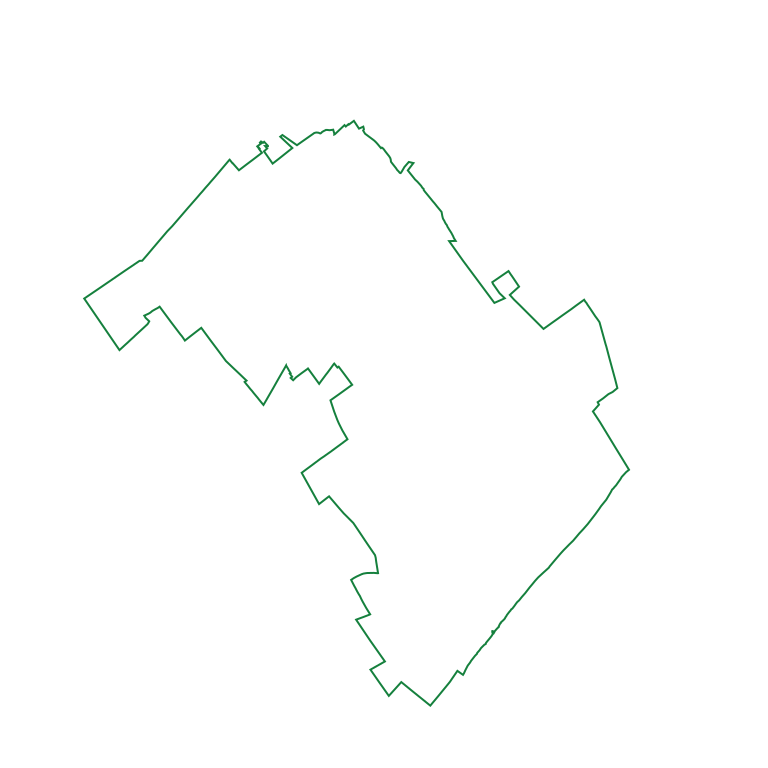 outline of Dzidzantún, Yucatán, Mexico, rotated 138°
{"feature_id": "50627088B34380918216366", "entity_name": "Dzidzantún", "entity_type": "district", "adm_level": 2, "iso_a3": "MEX", "parent_name": "Mexico", "parent_adm1": "Yucatán", "projection": "orthographic", "projection_center": [-89.022, 21.289], "detail": "fine", "context": "isolated", "style": "outline", "palette": "green", "viewbox_px": 768, "rotation_deg": 138, "n_neighbors": 0, "source": "geoboundaries", "source_scale": "gbopen_adm2", "svg_char_len": 5506}
<svg xmlns="http://www.w3.org/2000/svg" viewBox="0 0 768 768"><g transform="rotate(138 384 384)"><path d="M585.2,180.8L587.2,164.9L589.1,149.0L581.2,149.8L570.6,150.9L568.8,139.1L564.8,114.0L560.7,114.6L552.9,115.7L547.7,116.5L536.5,118.2L534.1,118.6L530.9,119.4L521.4,121.7L519.9,115.0L518.2,115.5L514.7,117.0L510.2,118.7L506.4,119.4L504.5,120.0L498.3,121.1L495.4,121.3L494.7,121.8L491.1,122.2L488.8,122.8L487.7,122.9L483.7,123.1L482.5,122.7L481.3,123.4L478.7,123.8L475.9,124.2L472.9,124.7L470.8,125.3L470.4,125.5L469.8,126.6L469.6,127.1L468.9,127.9L468.6,127.7L468.9,127.3L469.4,126.1L469.3,125.4L468.2,125.7L467.2,126.2L463.7,126.6L461.2,126.7L461.1,127.0L458.5,128.1L457.2,128.2L456.9,128.6L454.6,128.6L452.2,128.7L450.9,128.9L450.1,129.3L448.6,129.6L447.2,130.1L444.0,130.7L442.7,130.9L441.6,131.0L440.9,131.2L440.2,131.4L439.0,131.2L435.7,131.8L432.6,132.5L430.9,132.8L428.4,132.8L424.1,133.5L419.0,134.1L411.8,135.4L408.1,135.9L403.6,136.6L398.9,137.1L391.5,137.2L384.4,137.2L383.0,137.6L380.1,138.0L374.4,138.8L366.7,139.8L364.9,140.0L361.8,140.3L353.6,140.8L348.2,141.0L338.8,142.3L333.0,142.8L326.3,143.6L314.2,145.8L307.7,147.2L304.5,148.0L296.2,149.3L287.8,151.9L285.1,152.9L283.4,152.9L281.8,153.2L279.4,153.4L275.9,154.2L271.9,155.1L269.4,155.9L267.2,156.1L263.0,156.5L259.5,156.3L259.3,156.3L257.0,168.6L254.8,180.6L249.0,211.2L247.1,223.8L238.1,224.8L237.4,227.5L230.8,226.7L224.0,226.3L219.5,225.1L213.3,224.8L209.1,232.8L198.5,253.8L193.7,263.1L192.6,265.5L184.5,281.7L182.5,285.7L182.2,287.8L181.9,290.4L181.7,292.8L180.3,302.3L179.7,306.8L179.3,308.9L179.3,310.4L178.9,312.7L189.2,313.8L194.7,314.3L205.5,315.6L211.0,316.2L217.7,317.0L228.6,318.2L230.4,352.2L230.9,359.7L230.9,366.0L224.5,366.0L218.5,366.0L216.7,378.7L216.5,380.6L215.9,384.6L235.4,387.2L236.0,385.5L237.4,374.1L236.9,366.9L247.7,370.4L242.8,422.6L240.0,446.6L235.0,442.4L234.4,445.8L233.8,447.4L232.8,451.4L232.1,455.8L231.9,456.5L231.7,458.0L230.9,460.4L230.9,461.7L230.3,464.1L230.0,464.9L229.7,466.7L229.3,467.9L228.1,470.1L226.1,473.3L226.0,475.2L225.8,480.2L225.5,485.0L225.5,486.8L225.1,494.6L224.9,499.3L224.7,501.5L224.0,502.5L224.2,504.1L223.8,506.5L223.8,508.4L223.8,511.9L224.1,515.4L224.0,516.3L223.9,518.0L223.4,526.8L217.2,528.0L214.3,528.5L217.0,532.4L223.6,531.6L228.9,529.9L230.5,529.6L231.0,530.4L230.9,532.2L231.0,534.4L230.7,536.1L230.4,540.7L230.2,543.6L230.1,544.5L228.9,546.2L228.2,547.6L227.8,549.7L227.4,555.9L227.1,558.6L227.2,560.6L227.5,561.2L228.4,561.3L228.2,566.4L228.2,569.0L228.4,571.6L230.6,582.7L229.9,586.3L228.5,586.7L228.1,587.4L227.2,589.1L231.7,590.5L230.3,599.7L236.6,600.3L236.6,600.9L240.1,600.9L240.1,602.8L253.4,602.5L254.0,602.7L253.4,603.3L251.6,607.0L252.4,607.5L253.0,607.9L254.6,609.0L256.1,610.7L257.2,611.7L257.7,611.8L259.8,612.4L261.5,612.7L262.6,612.6L263.5,612.7L263.8,613.0L264.5,614.5L265.8,616.0L266.7,616.6L267.9,617.2L269.0,617.3L282.9,619.0L288.9,619.7L292.9,637.0L295.6,637.2L295.1,631.2L294.2,620.7L310.8,621.7L319.3,622.3L318.7,627.0L318.0,632.8L317.9,633.8L317.5,637.2L313.2,637.2L313.1,640.3L311.1,638.4L310.9,638.6L311.0,644.2L312.6,644.2L312.8,645.6L313.6,645.3L313.5,646.5L314.7,646.4L314.8,645.0L319.2,645.4L319.3,643.8L318.9,643.8L318.9,642.5L319.1,642.5L319.1,642.1L319.6,642.1L320.0,637.5L331.1,638.4L338.9,639.1L348.8,639.9L348.7,649.4L348.9,649.5L348.6,654.0L349.0,654.0L371.7,650.9L377.7,650.2L380.5,649.8L385.2,649.3L390.3,648.6L393.3,648.3L396.9,647.8L412.1,646.0L429.4,643.8L435.8,643.0L442.8,642.5L454.9,640.9L465.4,639.5L472.5,638.5L481.2,637.4L483.3,639.1L501.3,641.6L530.7,645.5L549.6,648.1L553.2,621.3L557.9,586.2L550.1,586.3L546.7,586.3L542.7,586.4L541.3,586.4L538.1,586.4L536.5,586.5L526.7,586.6L526.1,586.6L519.7,586.7L518.2,587.1L516.5,587.7L516.9,592.6L516.4,595.2L511.9,593.8L509.9,593.4L507.3,593.3L503.6,592.5L501.3,591.9L499.0,591.6L499.7,584.4L500.5,576.0L500.8,573.0L502.1,557.4L502.2,554.7L502.5,552.2L502.9,549.5L495.3,549.0L488.5,548.5L482.2,548.0L483.8,531.8L484.8,520.4L486.1,506.9L485.2,495.0L485.1,494.0L484.5,486.5L484.2,482.2L483.9,478.5L486.2,478.8L486.4,475.8L486.5,472.8L486.6,471.4L486.7,469.5L486.7,467.3L486.9,464.5L487.0,461.8L487.1,459.3L487.1,458.6L487.3,456.0L487.6,449.7L487.6,449.4L487.6,449.1L482.2,450.8L479.8,451.6L468.7,455.2L463.1,457.1L457.7,458.9L453.1,460.4L446.3,462.6L444.3,463.3L444.4,463.1L445.1,459.5L445.5,458.0L446.2,454.5L447.1,454.7L447.4,450.8L449.3,450.9L449.0,447.6L444.9,447.8L438.0,447.2L430.7,446.4L430.1,446.4L431.3,434.9L432.1,427.5L429.4,428.1L423.4,429.3L421.0,429.8L418.6,430.2L413.2,431.3L407.7,432.5L407.3,432.5L407.6,427.4L406.1,427.2L406.7,420.3L407.4,412.8L408.2,404.7L411.3,405.1L416.1,405.6L424.4,406.5L434.7,407.7L439.5,396.8L442.7,388.6L443.9,385.0L446.0,377.4L448.1,367.4L458.1,368.3L459.9,368.5L469.1,369.4L474.9,370.1L476.8,370.3L480.9,370.9L487.5,371.5L504.6,373.1L512.6,338.2L511.1,338.1L500.0,337.3L500.1,333.3L500.4,322.1L500.5,314.9L499.9,303.2L499.8,301.3L500.5,296.2L501.5,289.1L502.8,280.3L503.6,274.6L505.2,262.8L506.5,260.3L507.3,259.2L508.6,257.3L515.0,247.4L515.3,247.6L518.0,250.5L519.1,251.4L520.6,252.8L521.3,253.3L521.6,253.6L522.6,254.5L524.0,255.5L526.2,256.9L527.5,257.4L527.6,257.5L533.4,259.3L533.9,259.4L536.4,260.0L539.5,260.4L541.4,253.2L541.6,252.1L542.3,249.5L542.8,247.5L543.5,244.2L543.7,242.8L544.8,239.2L545.5,236.5L547.1,229.4L548.2,223.3L548.4,222.1L548.9,222.2L555.4,224.7L558.1,225.8L562.4,227.5L563.9,217.0L566.0,202.2L566.6,197.1L567.6,188.8L569.0,177.2L585.2,180.8Z" fill="none" stroke="#15803d" stroke-width="2"/></g></svg>